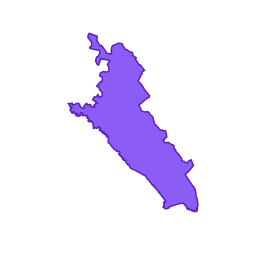 Itas/Gadau, Bauchi, Nigeria (Albers equal-area conic projection), rotated 249°
{"feature_id": "59680162B90895100901083", "entity_name": "Itas/Gadau", "entity_type": "district", "adm_level": 2, "iso_a3": "NGA", "parent_name": "Nigeria", "parent_adm1": "Bauchi", "projection": "albers", "projection_center": [9.915, 11.886], "detail": "fine", "context": "isolated", "style": "filled", "palette": "violet", "viewbox_px": 256, "rotation_deg": 249, "n_neighbors": 0, "source": "geoboundaries", "source_scale": "gbopen_adm2", "svg_char_len": 5858}
<svg xmlns="http://www.w3.org/2000/svg" viewBox="0 0 256 256"><g transform="rotate(249 128 128)"><path d="M36.5,167.0L41.4,167.4L43.2,168.2L45.9,168.5L48.0,168.5L53.4,167.0L64.1,164.7L65.3,167.0L65.2,167.8L69.5,175.7L75.6,175.5L75.5,172.9L73.9,170.6L76.7,168.4L77.3,167.2L79.0,166.7L80.0,167.2L83.7,166.1L84.3,166.3L86.8,165.2L89.7,164.1L90.1,164.6L91.7,164.0L93.6,163.7L94.6,164.5L95.7,164.3L95.9,163.7L98.2,161.8L100.3,160.4L100.4,158.8L101.4,156.5L104.4,156.9L104.1,157.6L104.4,157.8L105.2,159.4L105.8,161.0L110.8,162.0L112.1,161.9L112.5,160.5L114.2,158.8L114.4,157.7L115.3,156.8L117.4,156.6L118.5,155.8L120.6,155.3L121.8,154.3L129.9,155.1L130.1,154.8L132.9,153.4L135.1,153.1L136.3,152.1L136.7,149.8L138.8,146.8L145.5,146.5L147.4,152.2L148.2,153.9L148.9,156.4L149.0,157.9L148.9,158.6L150.4,159.7L157.7,157.2L161.5,156.6L164.3,156.0L167.2,154.6L168.6,154.4L171.1,157.9L172.4,158.2L173.4,160.6L175.3,161.1L175.9,164.1L182.5,162.1L182.5,161.2L189.8,159.5L190.5,160.8L194.0,158.6L196.1,159.1L197.2,158.9L199.0,156.4L200.8,155.6L202.8,153.4L208.9,152.6L210.0,150.9L210.5,149.9L210.4,143.1L208.5,141.2L205.6,139.8L204.4,139.7L203.2,139.2L204.9,135.3L214.6,132.9L214.4,131.5L221.1,130.2L224.6,132.2L230.3,125.8L228.8,124.0L226.9,123.0L222.5,124.3L222.0,124.7L217.9,123.9L217.1,121.2L216.0,121.0L211.9,127.0L211.4,128.7L208.6,128.9L205.7,126.2L205.5,124.2L204.6,123.4L202.1,121.7L198.1,122.1L197.5,122.6L197.7,123.6L202.5,127.4L201.4,128.7L201.1,129.5L197.6,135.4L194.8,131.6L191.6,131.8L189.4,131.2L188.2,130.3L187.7,128.5L189.6,124.9L189.1,121.8L187.0,120.2L186.2,120.5L185.0,122.0L184.7,121.7L183.5,121.9L182.8,121.6L180.7,120.0L181.0,119.5L180.7,117.6L179.4,116.5L179.1,114.8L177.9,113.8L176.6,115.6L173.8,115.1L173.6,115.7L171.7,116.0L170.2,116.6L169.7,116.4L169.3,116.0L167.3,115.5L166.9,112.4L170.0,111.9L168.7,110.0L168.4,108.7L169.2,108.0L167.1,105.1L162.9,108.1L162.2,108.3L162.8,107.0L162.7,106.5L161.6,106.0L161.6,104.5L160.8,104.1L159.5,104.3L159.4,103.9L159.7,103.2L160.3,102.9L160.9,101.1L161.3,100.8L161.8,100.7L162.3,101.5L162.7,101.5L163.4,101.1L163.8,100.2L163.9,98.7L164.1,98.4L165.6,98.4L165.8,97.9L164.4,94.8L162.5,94.3L162.4,93.8L162.7,92.8L163.1,92.2L164.5,91.8L165.7,90.7L166.2,90.8L166.9,91.4L167.7,91.3L169.2,90.0L169.1,84.8L169.6,84.5L171.0,84.9L171.3,84.5L171.2,83.5L171.7,82.7L172.1,81.1L169.7,81.8L168.7,81.4L168.3,81.8L168.3,82.2L167.6,82.7L166.8,82.7L166.9,81.4L166.0,81.3L165.6,80.4L165.2,80.3L165.2,80.8L163.4,80.8L162.0,81.1L161.7,81.6L161.8,82.6L162.0,82.9L162.6,82.6L162.8,82.8L162.6,83.1L161.8,83.4L161.4,83.3L161.2,83.8L160.6,83.9L159.2,83.5L159.1,83.8L159.8,84.3L159.9,85.8L159.7,86.0L158.1,85.2L158.1,84.4L157.5,84.6L157.5,85.0L157.1,85.3L156.9,85.7L157.1,86.3L156.9,86.7L156.5,87.0L156.7,87.9L157.3,87.6L157.7,88.4L158.7,88.9L158.8,89.5L159.0,89.8L159.0,90.1L158.6,90.6L158.0,90.6L157.9,90.4L156.9,90.3L156.8,90.0L156.2,89.8L155.7,90.0L155.7,90.5L156.3,90.9L156.3,91.2L155.7,91.2L154.9,92.6L154.4,92.8L154.3,93.0L154.7,93.1L154.6,93.5L154.5,93.9L154.1,94.1L154.0,94.5L151.6,94.1L151.7,93.6L151.0,94.2L150.2,94.5L149.7,94.0L149.4,94.0L149.0,93.3L148.4,93.3L148.1,93.6L147.8,94.2L148.5,95.0L148.1,95.7L146.9,95.7L146.8,96.0L147.3,96.3L147.1,96.6L146.7,96.7L145.8,96.5L145.1,97.0L144.0,96.9L143.7,96.6L143.2,96.8L142.9,96.4L142.5,96.6L142.1,96.4L141.9,96.0L140.9,96.2L140.5,96.1L140.3,95.7L140.0,95.6L139.8,95.9L139.8,96.7L140.1,97.3L139.6,98.1L139.0,98.5L138.9,98.8L138.9,99.6L139.7,100.3L139.4,100.5L139.3,101.3L139.1,101.6L138.5,101.4L138.2,102.1L137.6,102.2L137.2,101.0L136.7,100.8L135.9,101.4L136.1,100.9L136.0,100.6L135.8,100.6L135.5,101.1L135.6,101.5L135.4,102.1L135.0,102.1L134.8,101.8L134.0,102.2L133.5,102.2L133.7,103.0L133.2,103.2L133.2,102.9L132.9,102.7L132.3,102.8L132.5,103.1L132.1,103.6L132.9,103.9L132.8,104.2L132.0,104.2L131.9,103.8L131.4,103.6L130.7,103.8L130.3,104.1L130.3,104.6L129.8,104.7L129.8,105.6L129.1,105.4L128.5,105.5L128.3,105.7L128.4,104.8L127.9,104.8L127.8,105.1L127.5,104.9L127.1,105.2L126.7,106.0L125.9,106.1L125.8,106.4L124.3,105.4L122.5,105.0L122.0,104.3L120.9,104.5L120.6,104.9L119.8,105.4L116.1,106.3L115.1,106.9L114.2,107.0L113.0,107.5L111.2,109.4L110.5,109.0L109.8,109.6L109.5,111.1L109.2,111.4L107.9,111.5L107.4,111.2L107.2,111.0L107.2,110.6L107.4,110.4L107.2,109.9L105.3,110.6L105.3,111.0L105.0,111.2L103.7,111.3L103.7,111.6L102.9,111.6L102.7,112.1L102.4,112.3L102.2,112.0L101.2,112.0L101.0,112.6L100.5,112.0L100.2,112.4L99.3,112.5L99.2,113.0L98.6,113.3L98.5,114.0L97.1,113.9L96.9,114.0L96.6,113.9L95.0,114.1L94.8,114.4L94.3,114.4L93.8,115.0L93.5,114.9L93.4,115.2L93.1,115.4L90.9,116.0L90.3,115.7L88.8,116.6L86.5,119.0L77.0,127.1L72.9,127.9L71.1,129.1L70.5,129.2L70.0,129.0L69.0,129.6L66.7,130.0L66.5,130.5L65.9,130.5L65.9,130.9L64.8,130.9L64.7,131.3L64.3,131.5L63.7,131.4L62.1,132.1L60.1,132.6L60.0,132.8L58.5,133.4L57.9,133.9L57.5,133.5L57.0,133.5L56.9,133.7L56.6,133.7L56.5,134.2L54.6,134.5L53.1,135.0L52.6,135.0L52.3,135.2L51.2,135.4L50.7,135.8L49.2,136.1L46.9,136.9L46.6,136.5L46.2,136.8L46.0,136.6L45.8,135.9L45.5,135.7L45.8,134.8L45.3,134.7L45.2,134.4L44.6,134.7L44.3,134.5L43.9,134.7L43.6,134.6L43.5,134.1L43.1,134.0L42.8,133.5L42.1,133.4L42.2,133.1L41.7,132.5L40.1,133.3L38.8,134.6L38.7,137.6L39.7,138.6L39.3,144.1L39.3,145.9L38.6,151.1L37.7,153.0L36.8,153.1L36.3,153.3L36.0,153.2L35.7,153.8L35.1,153.8L34.9,154.0L34.5,154.1L34.4,154.5L33.6,154.5L33.4,154.3L32.5,154.6L32.3,154.3L31.9,154.1L31.0,154.3L30.8,154.5L31.4,154.9L31.4,155.3L30.6,155.4L30.7,155.9L29.8,156.4L29.3,156.4L29.5,157.1L28.8,157.9L28.4,158.0L28.0,159.1L27.5,158.9L27.3,158.6L27.2,159.1L27.5,159.3L27.8,159.3L27.6,159.8L27.4,160.0L27.3,159.6L27.1,159.7L26.6,160.7L26.0,160.3L25.7,161.5L25.7,162.5L26.7,162.8L26.7,163.5L27.5,163.5L28.1,164.0L28.4,163.9L28.5,163.6L28.3,163.3L29.1,163.4L29.4,163.5L28.8,163.6L28.7,164.2L30.6,165.5L36.5,167.0Z" fill="#8b5cf6" stroke="#5b21b6" stroke-width="1.5"/></g></svg>